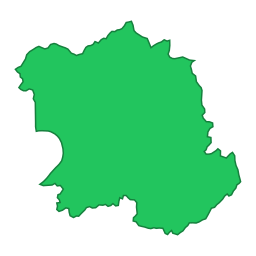 Salesópolis, São Paulo, Brazil
{"feature_id": "56859067B19301542712109", "entity_name": "Salesópolis", "entity_type": "district", "adm_level": 2, "iso_a3": "BRA", "parent_name": "Brazil", "parent_adm1": "São Paulo", "projection": "equal_earth", "projection_center": [-45.846, -23.578], "detail": "fine", "context": "isolated", "style": "filled", "palette": "green", "viewbox_px": 256, "rotation_deg": 0, "n_neighbors": 0, "source": "geoboundaries", "source_scale": "gbopen_adm2", "svg_char_len": 2992}
<svg xmlns="http://www.w3.org/2000/svg" viewBox="0 0 256 256"><path d="M165.2,233.4L167.6,234.5L169.5,232.2L171.6,230.5L172.8,233.2L175.2,233.9L177.6,234.7L180.2,232.6L183.0,230.8L185.4,227.5L187.7,225.6L189.3,222.9L192.5,222.8L196.2,223.0L199.1,221.9L202.6,219.8L205.7,218.8L207.8,215.1L209.5,211.9L211.4,208.2L214.6,207.3L216.8,204.6L219.1,202.8L222.6,199.2L224.7,196.0L227.2,194.0L228.9,196.0L231.5,194.8L233.4,191.0L235.8,188.2L236.9,184.8L239.0,183.5L240.6,181.7L239.9,178.9L238.8,174.9L237.9,169.8L236.0,165.5L234.9,160.6L234.7,155.8L232.5,152.4L230.2,153.9L226.3,158.0L220.4,155.9L220.5,150.9L217.9,148.8L216.1,150.6L211.5,153.6L209.2,154.1L206.2,154.2L204.2,151.5L206.1,149.8L207.1,146.8L209.0,145.0L211.1,142.6L210.9,137.5L207.4,136.7L207.9,131.9L210.0,128.4L212.9,126.7L212.6,123.0L209.5,121.8L206.3,121.7L203.2,118.1L202.2,115.2L204.8,112.5L204.6,109.0L201.9,105.1L201.4,100.2L201.7,95.5L202.0,90.5L201.1,87.6L199.2,85.6L196.4,81.7L195.6,76.0L192.2,73.3L191.4,69.5L190.4,66.0L191.9,62.2L194.2,60.6L189.6,60.1L186.5,58.7L182.7,57.0L178.2,58.0L174.8,58.7L172.4,58.5L169.7,57.1L168.1,54.1L169.3,50.4L169.8,45.5L169.7,40.3L167.0,41.1L164.2,39.8L161.5,41.9L158.4,43.0L156.4,44.0L153.6,45.7L151.0,47.7L149.1,43.0L147.2,38.5L142.4,37.0L138.7,34.6L136.2,33.0L134.0,30.6L133.0,25.2L131.4,21.3L128.9,22.0L126.2,22.5L124.3,25.9L121.9,28.7L119.5,29.7L117.2,30.0L114.9,31.6L111.9,31.4L110.0,33.1L107.9,35.6L106.2,38.7L103.7,38.3L101.2,39.7L98.4,43.0L95.0,41.6L93.2,44.3L91.0,45.5L88.1,45.9L85.9,47.4L84.4,50.0L82.6,53.7L79.2,54.5L76.4,55.5L74.1,54.2L71.3,53.2L67.9,49.1L65.2,47.8L62.5,46.9L58.9,45.6L56.4,44.1L54.0,43.5L50.6,44.5L48.0,48.0L44.8,48.9L42.1,47.8L38.9,46.4L36.2,47.5L33.0,49.6L29.7,51.6L26.7,54.8L25.5,59.0L23.1,62.9L21.0,66.3L18.2,67.4L15.4,69.3L17.5,72.0L20.0,73.7L20.3,77.0L22.5,78.7L23.1,81.7L20.7,84.9L18.9,87.6L20.8,89.4L23.4,90.7L26.0,90.8L29.2,88.9L32.7,90.0L34.3,94.5L33.3,98.8L35.3,102.3L35.6,122.9L35.6,126.8L36.3,131.3L38.7,130.8L42.1,130.7L44.4,130.8L48.3,131.0L51.0,131.8L54.9,133.9L57.5,136.1L59.5,138.6L61.5,142.6L63.0,148.8L63.3,153.3L62.8,156.8L61.7,160.8L59.3,164.1L57.6,165.9L55.8,167.6L50.5,173.4L48.9,175.6L46.7,178.3L44.4,180.7L42.5,182.4L39.9,184.3L43.3,185.6L47.8,185.3L52.1,185.0L55.0,183.4L57.2,185.9L60.4,185.5L63.3,189.1L61.8,191.5L60.1,194.0L58.0,194.7L57.4,197.7L59.3,199.7L60.1,202.5L56.8,203.0L57.5,206.1L56.8,209.5L59.0,211.4L62.5,210.2L65.8,207.9L68.8,208.5L69.2,212.2L70.1,215.7L73.5,217.5L76.4,216.0L78.7,216.2L81.2,213.5L84.8,210.0L86.4,207.6L89.6,206.6L92.3,208.0L95.7,207.7L99.0,204.9L102.9,205.2L105.5,204.4L108.0,206.3L110.8,205.5L112.9,203.6L115.7,205.9L118.3,205.4L118.9,201.2L119.8,197.7L122.5,198.8L123.4,195.5L126.2,195.5L128.1,197.7L130.2,199.6L134.5,199.9L136.8,202.7L136.5,207.1L136.9,210.7L137.2,213.8L135.3,216.1L133.5,217.7L133.2,221.0L136.1,221.8L138.8,225.6L141.8,226.4L144.6,227.0L148.2,228.2L150.8,228.6L153.9,227.7L156.3,228.3L159.1,228.0L162.9,228.3L165.2,233.4Z" fill="#22c55e" stroke="#15803d" stroke-width="1.5"/></svg>